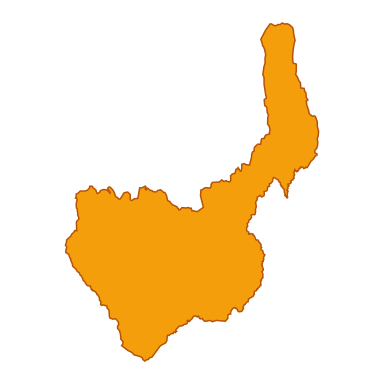 Ban Tak, Tak, Thailand (Equal Earth projection)
{"feature_id": "78962969B53904723449117", "entity_name": "Ban Tak", "entity_type": "district", "adm_level": 2, "iso_a3": "THA", "parent_name": "Thailand", "parent_adm1": "Tak", "projection": "equal_earth", "projection_center": [99.137, 17.16], "detail": "fine", "context": "isolated", "style": "filled", "palette": "amber", "viewbox_px": 384, "rotation_deg": 0, "n_neighbors": 0, "source": "geoboundaries", "source_scale": "gbopen_adm2", "svg_char_len": 6003}
<svg xmlns="http://www.w3.org/2000/svg" viewBox="0 0 384 384"><path d="M315.4,116.6L314.6,115.9L312.4,116.2L309.2,113.8L308.7,110.6L306.7,104.8L306.3,101.0L307.9,100.0L306.2,97.3L306.0,93.1L304.7,91.3L304.1,88.3L300.7,88.0L300.5,82.8L299.0,80.8L297.3,76.9L295.7,74.5L296.3,70.8L296.3,64.3L295.8,63.7L293.5,63.4L292.9,62.3L292.6,56.9L293.0,51.0L294.1,43.8L295.1,40.5L293.6,33.7L293.5,31.1L292.6,27.6L289.8,25.0L287.5,23.8L284.7,24.0L282.2,23.0L280.0,24.6L278.0,24.5L275.7,25.8L273.6,25.3L271.5,23.9L270.0,24.0L265.6,30.2L260.8,39.3L262.3,43.7L262.6,45.7L263.6,47.0L264.6,49.5L265.7,54.6L265.0,58.3L265.1,63.2L264.0,66.5L262.8,74.6L264.0,77.4L264.1,84.4L265.8,95.6L266.4,96.9L266.0,98.4L264.2,99.6L264.6,104.8L265.0,105.9L266.5,106.8L266.9,107.8L267.1,112.2L268.4,115.0L267.8,117.5L267.6,123.6L267.9,124.8L269.1,125.9L269.8,129.0L269.9,130.7L269.3,132.8L269.7,133.9L266.0,134.9L265.3,135.6L264.2,138.4L261.8,138.7L261.3,139.7L260.6,144.3L257.9,144.1L254.8,146.8L254.3,147.9L254.0,151.2L252.7,151.8L251.7,154.0L251.6,156.9L249.5,165.1L245.6,164.6L244.4,163.6L241.7,164.3L241.8,168.1L241.1,171.2L240.2,171.1L238.1,167.6L237.2,168.9L235.9,169.4L235.1,173.1L231.9,174.3L230.6,175.8L230.8,180.3L229.7,181.9L227.5,181.5L226.1,180.6L224.0,181.6L221.8,179.9L219.3,182.0L212.6,182.4L211.6,183.3L211.0,185.0L211.4,185.7L210.2,188.0L205.9,187.7L203.8,188.3L202.4,189.8L200.9,190.0L200.5,195.9L203.4,207.3L197.2,211.7L193.6,210.8L192.1,211.0L191.1,208.1L190.0,208.5L188.7,207.5L185.9,208.0L182.0,207.6L180.0,209.8L178.8,209.9L178.5,208.6L177.1,207.6L177.0,206.8L172.7,204.8L170.9,203.3L169.8,201.4L168.5,201.2L167.5,200.1L166.6,195.8L164.9,192.5L163.6,192.4L160.7,189.8L158.1,190.3L156.0,192.0L153.3,191.7L151.8,190.5L150.5,190.5L147.2,188.0L146.1,189.8L145.2,189.0L145.8,186.5L145.2,186.1L142.1,187.8L139.7,187.8L137.8,198.4L134.2,198.8L131.8,200.5L130.6,200.1L130.2,199.3L130.3,194.7L127.9,192.2L126.8,192.1L123.7,193.1L122.3,195.9L120.1,199.0L119.3,199.2L115.4,196.1L114.3,192.5L112.8,189.9L110.3,187.3L108.9,187.0L107.7,188.2L108.1,189.4L110.2,192.4L110.0,193.1L108.2,191.1L106.2,189.8L103.5,189.5L100.6,190.5L99.4,192.4L97.4,193.5L96.7,192.9L95.8,189.8L93.0,187.8L92.4,186.3L89.7,186.3L89.4,188.2L87.4,190.2L84.6,191.1L80.3,191.0L78.1,193.2L76.2,194.1L76.1,196.9L75.5,198.1L76.7,198.3L77.1,199.3L76.2,204.1L76.3,206.5L76.6,208.4L77.4,209.6L77.3,210.9L77.8,213.5L77.6,214.6L78.9,218.1L78.5,219.5L76.7,221.3L76.4,222.2L76.7,230.8L75.0,230.4L73.2,232.9L71.9,233.9L70.9,236.0L66.6,240.0L66.4,242.5L65.4,245.3L66.4,246.2L66.7,247.2L65.8,250.5L65.8,252.5L68.7,254.3L69.8,257.8L70.7,258.7L70.6,259.8L72.4,264.1L72.7,266.3L75.9,269.0L77.3,271.5L79.3,272.8L79.9,274.7L81.2,275.9L82.7,278.5L83.1,280.3L84.9,281.8L85.6,283.4L87.3,285.6L90.4,286.1L90.5,287.4L91.3,288.5L91.3,289.4L92.3,289.7L92.2,290.3L92.9,290.8L93.6,290.7L96.0,292.3L97.1,294.7L97.8,294.8L99.4,297.7L99.4,300.0L100.9,301.6L100.6,304.6L101.7,305.4L103.4,304.9L107.1,306.2L107.0,308.0L108.5,309.5L109.1,311.0L109.4,316.5L109.9,318.0L112.7,319.1L115.7,318.8L118.3,321.8L118.7,324.5L117.6,326.0L117.5,328.3L119.6,331.0L120.5,334.6L120.9,339.4L122.6,340.9L123.0,342.7L122.8,344.0L121.6,345.6L128.0,350.5L131.8,352.4L134.0,354.8L139.7,356.4L142.2,357.6L142.8,359.5L144.7,361.0L145.4,360.8L146.7,359.6L148.2,359.6L149.6,357.8L152.0,357.1L160.4,345.7L165.6,342.9L166.9,340.6L167.2,336.2L167.7,335.2L168.9,335.5L171.0,333.8L173.2,333.5L173.2,332.6L173.7,332.2L174.8,332.0L175.2,332.5L175.8,331.7L176.4,331.7L176.7,331.5L175.6,330.5L175.9,329.7L179.3,326.1L181.5,325.9L183.1,325.4L184.1,324.4L186.7,323.9L187.4,322.6L187.3,320.5L188.2,320.4L188.8,321.5L189.3,321.5L192.2,318.5L193.7,316.2L195.0,315.8L197.2,316.9L198.3,316.1L199.7,318.5L200.4,318.9L202.0,318.5L204.2,321.1L207.1,321.1L209.9,320.4L212.5,321.7L216.2,320.4L225.4,321.2L227.9,318.3L227.7,317.2L228.2,314.5L230.7,314.0L230.6,312.5L231.2,310.6L232.9,308.4L234.9,307.5L235.7,308.4L236.7,308.5L237.8,310.9L238.8,311.8L241.7,311.4L243.5,308.5L243.0,307.3L244.0,305.0L245.3,304.3L245.4,303.7L247.5,301.6L248.1,301.7L248.6,299.0L253.1,296.3L254.4,294.0L254.1,293.0L254.5,291.3L256.2,290.8L257.0,289.0L257.4,289.3L257.8,288.9L258.5,287.5L259.5,286.9L260.4,285.3L260.9,285.3L260.6,281.2L261.1,280.9L261.0,280.1L261.5,280.0L261.7,278.4L262.8,277.9L262.9,276.8L262.8,273.7L261.9,271.7L263.2,270.3L263.2,268.4L262.6,267.7L262.3,265.7L261.7,265.2L262.4,263.8L262.2,261.7L263.2,261.5L263.0,260.6L263.8,259.5L263.5,259.1L263.8,256.8L264.9,254.9L263.4,253.6L262.7,250.6L261.0,249.6L261.1,247.9L261.6,247.5L260.8,246.1L261.1,244.8L259.9,242.9L258.9,242.3L258.9,241.4L257.9,240.0L256.5,240.1L255.8,239.5L254.6,236.5L254.0,235.5L253.2,235.4L253.0,234.1L250.7,233.6L248.8,234.2L248.8,232.2L247.1,231.2L246.6,230.2L246.6,227.6L247.7,226.3L247.2,223.4L248.6,222.4L248.9,220.1L250.4,219.3L251.5,217.5L251.2,215.1L252.2,214.6L254.6,214.7L255.1,214.2L255.6,211.2L255.4,209.5L256.3,206.6L255.6,202.1L257.1,199.9L257.2,197.4L260.0,195.5L261.6,197.0L263.9,195.8L264.3,194.6L264.1,191.5L266.7,190.9L267.3,189.7L267.7,186.8L269.5,186.3L269.4,183.7L270.8,183.4L272.4,181.6L273.1,178.1L273.9,177.5L278.4,180.1L278.9,181.7L280.2,182.5L280.5,184.8L281.6,186.1L281.4,186.5L282.3,186.9L282.5,187.7L284.2,189.4L284.4,192.4L285.2,194.4L284.8,195.4L286.2,196.7L286.7,196.5L286.8,197.8L287.4,197.8L287.6,197.2L287.0,194.6L287.6,193.3L287.5,192.1L288.1,191.1L287.0,190.5L286.8,189.9L288.1,188.4L287.8,186.6L289.0,185.8L287.9,184.3L290.5,183.5L291.2,182.4L290.7,181.1L291.4,180.8L291.7,180.0L293.0,179.9L293.2,178.7L294.1,178.2L293.6,176.1L294.3,175.6L294.6,174.3L293.8,172.9L294.9,169.6L296.1,171.5L296.8,171.2L297.0,171.7L297.9,171.0L297.6,170.6L298.6,170.0L299.0,168.9L300.0,168.4L300.2,167.4L300.7,167.7L301.3,167.0L302.7,167.0L303.7,168.6L305.2,168.0L305.6,167.2L307.2,167.6L310.9,161.3L313.2,159.2L315.1,156.3L317.1,154.9L316.9,153.8L315.1,153.0L314.7,151.1L315.1,150.0L316.7,148.5L317.5,145.6L317.8,142.5L317.2,138.3L318.1,136.5L318.6,131.4L317.3,126.3L317.3,121.7L315.4,116.6Z" fill="#f59e0b" stroke="#b45309" stroke-width="1.5"/></svg>